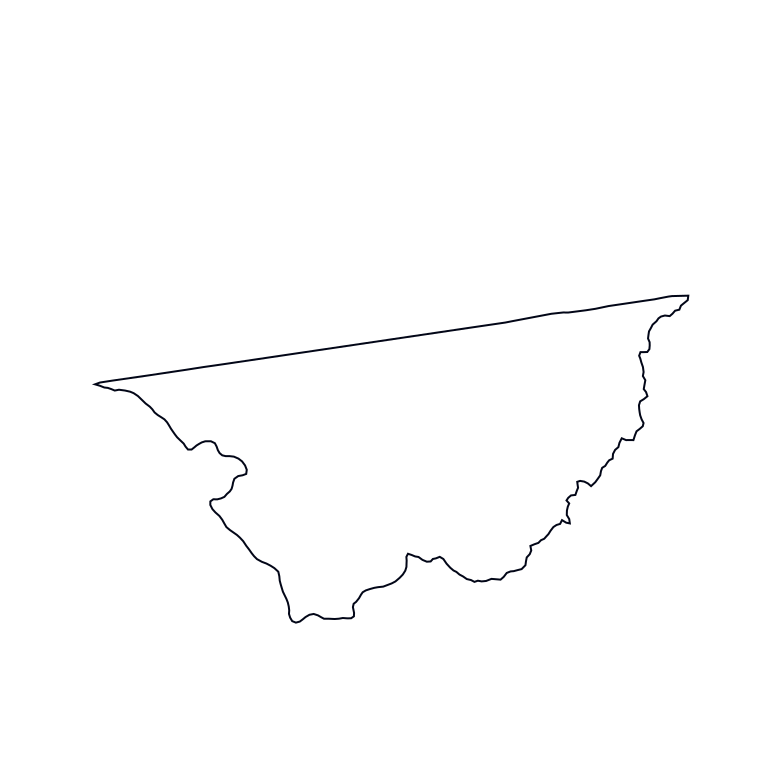 outline of Ninheira, Minas Gerais, Brazil, rotated 305°
{"feature_id": "56859067B21814552382034", "entity_name": "Ninheira", "entity_type": "district", "adm_level": 2, "iso_a3": "BRA", "parent_name": "Brazil", "parent_adm1": "Minas Gerais", "projection": "natural_earth1", "projection_center": [-41.689, -15.315], "detail": "fine", "context": "isolated", "style": "outline", "palette": "ink", "viewbox_px": 768, "rotation_deg": 305, "n_neighbors": 0, "source": "geoboundaries", "source_scale": "gbopen_adm2", "svg_char_len": 3670}
<svg xmlns="http://www.w3.org/2000/svg" viewBox="0 0 768 768"><g transform="rotate(305 384 384)"><path d="M545.4,489.8L537.5,480.8L509.0,453.0L503.9,448.1L478.9,421.6L359.1,295.0L317.0,250.5L311.4,244.6L301.8,234.4L294.8,226.9L282.4,214.0L256.1,186.3L231.2,159.8L222.3,150.5L218.0,147.5L219.6,152.3L220.7,156.9L222.4,160.0L223.4,163.5L224.2,167.2L227.3,170.2L230.1,175.6L232.1,180.5L232.9,184.2L233.0,189.3L232.1,195.0L231.3,199.9L231.1,205.2L230.4,208.7L229.1,212.4L228.8,216.5L229.0,220.4L229.1,224.4L228.2,228.3L226.9,231.4L225.2,235.1L224.0,238.3L222.7,241.9L221.7,245.1L221.0,249.4L220.3,254.1L218.9,257.3L217.9,261.0L220.0,264.0L223.4,265.0L226.1,265.7L228.9,266.9L231.6,268.2L234.5,270.4L237.8,275.0L238.5,279.4L236.8,282.7L234.5,285.9L233.1,289.0L232.8,292.4L234.1,295.7L236.3,298.8L238.4,302.7L239.4,307.6L239.2,312.1L237.6,316.9L235.0,320.8L231.3,322.7L228.1,320.5L225.0,317.4L220.6,315.8L216.7,316.9L213.9,318.2L210.7,319.3L207.5,319.3L203.9,318.4L200.0,318.0L196.8,316.1L193.8,313.5L191.7,310.3L188.2,309.1L185.3,311.1L183.1,315.2L182.1,319.5L181.5,324.9L180.0,329.4L178.2,333.1L176.4,337.0L176.0,341.5L176.0,345.9L176.0,350.1L175.5,354.1L174.5,358.8L172.4,364.1L171.1,368.3L169.5,372.7L168.4,376.4L167.7,380.4L168.3,386.0L169.5,390.7L170.1,395.3L170.3,399.8L169.6,405.1L166.5,408.5L163.1,411.4L160.8,414.1L158.4,417.1L155.9,420.3L154.1,423.5L152.0,427.3L149.8,430.6L147.1,433.6L144.2,436.2L141.2,438.0L138.8,441.1L137.1,444.8L138.0,448.7L141.1,451.3L144.8,452.5L148.1,453.4L152.2,455.3L155.3,458.3L156.6,462.6L156.9,466.2L157.3,469.5L160.1,473.5L163.2,478.4L165.9,481.7L168.7,484.5L170.9,488.2L173.2,491.4L176.4,492.6L179.3,490.8L181.4,488.6L183.4,486.5L186.6,485.2L189.5,486.1L194.2,486.4L198.3,486.0L201.2,486.0L204.5,487.5L208.0,490.1L211.5,493.0L214.1,495.6L217.6,499.6L222.0,502.6L225.1,504.7L228.8,506.6L234.2,508.0L238.7,508.7L243.3,508.5L247.0,507.3L249.9,505.4L252.4,503.8L255.2,501.5L258.7,501.0L259.8,504.7L260.6,508.4L262.1,511.5L262.0,516.4L263.0,521.0L265.4,524.0L268.7,524.4L270.9,526.5L274.4,528.8L274.7,533.0L272.7,538.3L271.5,543.7L271.1,547.9L271.6,551.1L271.2,555.1L271.7,559.1L271.7,563.7L273.3,567.7L273.8,571.6L276.7,573.7L278.3,577.2L281.2,580.6L286.0,583.8L288.4,587.9L290.6,591.7L294.7,592.7L299.6,592.9L303.1,595.2L305.1,597.6L308.2,600.2L311.3,602.9L316.7,603.8L320.2,602.0L323.8,600.4L328.2,601.0L332.1,600.1L335.3,596.8L339.1,599.2L342.4,601.6L346.1,602.2L349.1,604.0L352.5,604.4L355.3,604.8L359.3,604.6L364.0,604.8L367.5,606.2L370.4,608.5L374.6,607.9L374.9,612.8L376.4,616.2L379.6,613.2L381.5,608.9L385.3,606.4L389.0,604.9L392.4,604.2L393.3,600.3L396.4,600.2L400.0,601.1L402.9,604.4L407.1,603.2L410.3,602.5L412.5,600.4L414.7,598.4L417.1,600.2L418.9,604.0L419.5,608.0L419.1,612.2L424.7,613.4L429.0,613.5L433.2,613.5L437.1,611.7L440.5,610.8L443.8,612.2L447.7,612.0L450.7,612.2L454.0,614.1L458.1,611.7L462.6,611.1L466.7,612.2L470.9,610.6L475.9,609.9L476.9,614.5L479.0,617.4L481.1,620.5L485.9,619.0L490.1,618.0L493.8,619.2L497.8,620.2L500.9,619.0L502.8,615.3L505.3,611.8L507.5,609.6L510.0,607.3L512.9,605.0L516.7,603.8L520.6,605.5L525.1,606.8L527.7,603.3L528.8,599.7L532.4,598.0L537.0,595.9L539.0,591.5L542.7,589.8L546.4,586.4L549.3,582.4L551.8,579.4L553.5,576.8L557.2,575.8L559.4,578.9L561.2,581.3L564.8,581.4L567.9,579.6L570.6,577.6L572.7,574.2L575.7,572.6L579.1,570.9L583.2,570.5L586.7,570.0L591.7,571.2L595.2,571.2L598.1,572.2L601.2,574.8L603.5,579.1L607.0,580.0L611.0,580.4L614.3,583.3L618.5,582.3L622.4,583.4L626.9,584.7L630.9,582.6L621.2,569.5L618.8,566.9L612.2,560.5L608.5,557.0L600.9,548.9L590.2,537.6L576.7,523.3L566.9,514.1L560.1,507.0L548.1,493.8L545.4,489.8Z" fill="none" stroke="#020617" stroke-width="2"/></g></svg>